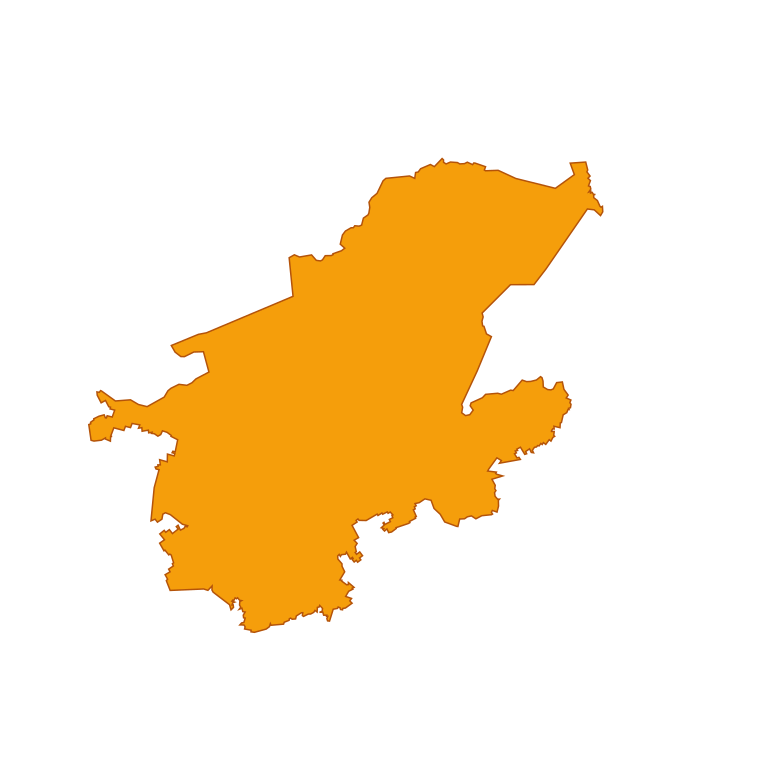 Ixhuatlán de Madero, Veracruz, Mexico (Natural Earth projection), rotated 232°
{"feature_id": "50627088B61499871451932", "entity_name": "Ixhuatlán de Madero", "entity_type": "district", "adm_level": 2, "iso_a3": "MEX", "parent_name": "Mexico", "parent_adm1": "Veracruz", "projection": "natural_earth1", "projection_center": [-98.023, 20.705], "detail": "fine", "context": "isolated", "style": "filled", "palette": "amber", "viewbox_px": 768, "rotation_deg": 232, "n_neighbors": 0, "source": "geoboundaries", "source_scale": "gbopen_adm2", "svg_char_len": 6166}
<svg xmlns="http://www.w3.org/2000/svg" viewBox="0 0 768 768"><g transform="rotate(232 384 384)"><path d="M427.2,676.3L434.7,679.6L443.4,666.7L431.8,662.9L432.7,639.5L464.8,614.4L482.1,605.5L489.5,595.3L490.8,594.8L492.7,597.8L502.1,591.7L502.9,590.8L502.3,588.9L507.5,586.2L508.1,583.1L510.8,579.2L513.3,578.2L518.0,573.0L519.2,568.4L522.0,567.4L524.0,568.9L525.9,568.6L524.3,557.5L528.4,555.7L531.1,545.4L530.0,541.5L531.2,539.1L527.1,534.8L532.2,532.2L544.9,512.1L544.7,508.4L538.5,495.9L538.3,489.0L536.5,484.1L531.9,481.5L528.0,477.3L527.1,475.5L527.4,469.9L523.0,464.2L523.7,461.6L526.7,458.4L526.0,456.1L527.4,454.2L528.3,447.8L527.0,443.0L521.1,435.6L515.2,436.7L515.2,432.5L518.1,424.0L517.3,423.6L517.7,421.5L521.3,416.7L519.7,411.9L520.1,409.7L523.1,406.8L530.3,406.4L536.1,395.6L541.0,392.9L541.9,387.0L509.1,366.3L533.7,275.5L537.4,268.3L545.3,240.1L537.7,239.0L530.7,240.8L528.4,243.6L526.3,253.8L520.6,261.6L501.2,253.4L503.8,238.9L503.2,233.4L504.3,227.9L510.0,222.2L511.8,213.5L511.7,209.6L509.0,202.7L512.0,183.4L519.0,177.9L527.6,174.5L536.0,161.9L552.4,157.1L553.3,156.6L552.7,154.6L554.5,152.9L551.7,151.1L543.3,149.5L542.5,154.4L535.5,153.1L534.1,154.2L533.0,152.8L529.2,155.7L525.3,149.5L529.4,146.3L528.2,144.4L528.9,143.6L532.0,144.5L534.1,139.6L535.3,133.9L534.3,133.3L534.5,129.2L533.2,128.4L533.8,126.4L520.0,118.5L517.6,120.3L513.7,126.7L513.0,131.2L512.3,130.5L507.4,133.2L510.8,136.1L510.1,137.4L511.2,136.6L515.8,144.1L507.5,150.4L509.8,154.2L505.7,157.4L508.0,161.2L502.1,166.4L500.3,163.3L498.7,166.3L495.7,164.3L492.7,169.9L490.4,168.5L488.8,171.5L488.2,170.4L486.2,172.4L482.1,173.7L481.6,176.9L483.5,180.6L479.5,183.3L474.4,184.7L473.9,183.9L467.1,187.1L459.1,177.7L461.0,176.3L460.3,174.7L458.0,176.4L456.5,174.4L462.1,170.2L456.1,165.3L462.5,160.6L458.0,158.0L459.5,156.0L458.2,155.3L459.4,152.5L457.4,152.0L455.0,154.0L443.8,139.1L419.6,116.1L418.4,120.4L414.6,120.4L414.2,125.8L417.6,129.6L417.1,132.5L412.6,135.2L397.6,138.8L393.1,142.1L392.6,141.0L394.3,139.8L393.4,137.5L394.2,133.6L399.5,134.8L399.5,132.5L396.4,132.5L396.4,125.2L401.4,125.2L401.5,120.7L404.0,120.7L403.9,115.0L396.4,115.1L396.7,109.2L388.0,107.9L388.0,109.1L381.8,109.2L381.8,110.5L380.2,111.0L372.6,108.1L372.7,106.6L370.3,106.0L370.7,100.3L367.7,99.8L368.5,94.1L363.4,93.3L363.1,91.4L353.0,88.4L333.5,115.7L329.8,118.2L330.7,124.2L327.6,121.6L325.1,121.2L305.2,126.4L300.2,124.4L300.6,127.9L302.8,129.2L303.5,128.2L304.7,130.1L304.1,132.0L306.5,130.4L306.8,132.0L305.9,132.5L307.1,135.0L305.6,135.5L305.7,137.0L302.5,137.1L301.0,138.4L301.3,136.4L298.8,134.1L296.3,133.7L295.6,131.2L294.7,134.0L291.6,132.6L289.8,134.2L288.5,130.8L286.2,129.4L285.0,130.5L282.4,126.8L283.4,124.7L282.9,122.1L280.3,125.3L278.2,125.1L276.8,123.3L271.8,127.7L270.6,126.6L268.1,129.0L263.4,140.3L263.3,144.3L265.1,146.9L263.4,146.5L256.6,157.0L257.7,158.7L256.2,163.7L257.3,164.9L257.0,166.3L255.2,166.8L253.3,169.7L255.2,172.1L254.6,178.1L253.8,179.2L251.8,177.1L250.4,177.5L249.3,182.7L247.9,184.6L247.3,188.1L248.1,190.2L245.5,190.9L249.0,194.0L248.2,195.6L249.1,197.0L245.0,197.4L243.0,195.3L243.8,192.6L241.9,195.3L239.0,194.1L237.0,196.6L236.3,195.7L235.5,196.7L234.3,194.5L232.1,193.7L230.7,195.1L237.8,205.3L235.8,209.2L236.5,210.6L234.6,211.6L233.1,210.9L231.6,212.3L232.5,213.4L231.2,215.7L230.9,223.9L234.2,223.5L235.0,226.4L240.2,223.0L242.4,228.5L241.5,233.2L242.7,233.2L242.2,235.2L249.5,233.7L247.9,232.4L248.7,231.0L254.8,229.3L255.3,230.0L256.8,228.5L260.2,237.4L266.2,238.7L268.2,240.2L274.5,239.9L277.0,241.6L277.3,243.8L275.0,243.5L275.7,245.4L273.6,248.9L274.6,250.9L266.9,249.7L266.8,252.4L265.5,252.2L265.7,250.9L262.1,250.9L262.1,253.6L259.8,253.5L259.7,257.5L262.0,257.6L261.9,261.4L266.6,261.5L266.7,257.5L269.0,257.6L269.0,259.0L273.7,261.2L274.9,264.7L279.3,264.3L278.6,269.4L292.3,271.8L291.8,277.8L293.7,278.0L293.7,280.4L291.9,280.4L287.4,285.9L285.7,298.5L284.1,298.3L283.6,303.0L282.2,302.8L281.2,307.8L279.6,307.6L279.3,310.1L275.4,310.4L275.6,309.4L273.2,308.6L274.0,304.8L271.6,304.3L272.8,298.2L275.0,298.8L275.0,297.6L272.7,297.4L272.4,293.3L270.2,294.8L270.1,293.6L267.8,293.9L268.0,297.1L264.0,296.2L262.7,298.9L262.6,304.7L263.4,305.0L259.1,317.2L258.8,319.1L260.0,319.4L258.7,326.2L260.0,326.6L259.7,327.9L266.8,329.7L266.4,331.7L268.6,332.4L268.2,334.4L270.7,334.8L268.8,338.7L268.3,345.5L263.4,349.5L255.1,346.8L246.7,348.1L237.9,346.9L227.1,353.6L226.2,354.5L231.0,360.5L228.2,364.5L228.0,368.0L226.2,371.7L221.2,373.4L220.0,380.0L214.8,388.3L214.7,389.5L216.7,389.6L217.7,391.5L213.5,394.2L217.3,399.1L221.9,402.5L222.2,404.1L223.3,402.6L227.1,402.4L230.3,404.2L231.1,406.6L233.3,406.8L235.7,409.3L242.5,410.4L238.5,420.9L243.4,417.3L244.8,416.9L245.4,418.3L251.6,412.1L252.6,414.5L256.3,427.5L251.4,429.4L250.5,426.2L240.6,445.0L243.1,445.2L244.0,443.3L248.7,443.9L248.2,445.9L250.4,446.2L249.4,448.3L250.9,448.5L250.2,452.6L241.9,451.6L241.2,453.5L243.6,454.0L243.3,458.8L239.4,457.9L237.7,459.5L240.4,460.1L241.5,463.6L240.5,465.4L240.9,467.2L239.7,468.1L240.6,471.0L238.9,471.4L239.7,473.5L236.8,474.3L238.4,479.9L236.2,480.4L237.9,484.2L237.7,486.3L239.0,486.1L241.8,488.9L243.5,486.8L244.1,487.4L244.8,489.3L243.8,490.4L246.1,491.9L241.2,495.8L244.8,498.9L244.4,500.1L249.4,506.2L248.9,510.4L250.6,513.2L249.9,514.1L251.2,514.5L250.5,516.3L252.9,518.9L254.8,518.9L256.3,521.4L260.8,519.0L261.9,522.3L269.0,522.5L275.8,525.8L278.8,520.9L275.9,514.4L276.6,511.9L278.9,509.5L283.6,507.7L288.4,511.1L291.7,512.4L293.4,511.9L293.3,506.6L295.7,501.2L298.1,497.8L302.0,495.3L299.3,481.8L301.2,480.0L303.7,470.2L306.7,467.9L313.3,457.7L312.6,453.1L315.5,441.0L313.8,438.5L308.5,438.2L307.0,432.7L308.9,428.8L313.5,427.5L317.3,431.7L320.1,432.6L336.9,465.5L355.2,497.8L360.4,495.6L367.9,498.3L369.1,497.5L373.2,499.9L375.8,503.4L379.5,505.0L384.4,544.8L370.0,563.4L374.9,582.4L396.7,652.0L391.8,656.9L383.4,658.3L385.0,662.4L389.5,665.5L389.7,663.9L391.1,663.6L397.2,665.1L401.7,664.0L403.9,665.6L403.3,667.3L404.4,665.8L406.8,666.0L407.3,664.4L408.5,665.6L409.2,663.6L410.3,667.0L412.7,668.1L414.2,667.1L417.2,671.9L420.6,671.4L421.0,674.4L426.3,674.5L427.2,676.3Z" fill="#f59e0b" stroke="#b45309" stroke-width="1.5"/></g></svg>